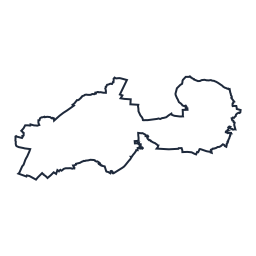 outline of Salatig, Salaj, Romania
{"feature_id": "2599482B1311445959804", "entity_name": "Salatig", "entity_type": "district", "adm_level": 2, "iso_a3": "ROU", "parent_name": "Romania", "parent_adm1": "Salaj", "projection": "natural_earth1", "projection_center": [23.157, 47.358], "detail": "fine", "context": "isolated", "style": "outline", "palette": "slate", "viewbox_px": 256, "rotation_deg": 0, "n_neighbors": 0, "source": "geoboundaries", "source_scale": "gbopen_adm2", "svg_char_len": 5841}
<svg xmlns="http://www.w3.org/2000/svg" viewBox="0 0 256 256"><path d="M29.4,176.0L36.0,179.6L37.7,177.5L42.1,173.1L43.2,174.3L43.5,174.3L43.6,174.6L44.0,175.0L45.4,175.9L46.9,177.3L47.5,178.0L50.8,175.2L53.7,172.3L56.1,173.9L57.4,170.1L58.9,171.3L59.3,170.6L60.4,169.9L60.7,170.3L61.5,170.7L62.6,169.9L63.7,168.9L65.5,168.3L70.3,168.2L71.5,168.4L72.1,168.7L73.9,168.3L74.3,168.4L74.4,167.8L74.0,167.5L73.1,165.5L74.5,165.4L75.3,164.8L76.0,164.6L76.0,163.8L80.0,162.8L81.8,161.7L82.7,161.5L82.9,161.3L83.6,160.9L84.9,161.0L85.7,160.6L88.1,160.4L90.4,159.8L93.8,160.0L94.8,160.3L94.9,160.7L96.5,161.6L97.4,161.4L98.8,162.3L99.9,163.2L100.0,163.4L99.6,163.6L98.7,163.8L98.8,164.0L100.6,165.1L101.1,165.1L101.0,165.4L101.9,165.8L104.7,166.4L106.2,171.2L106.5,171.6L108.2,172.0L110.2,173.2L110.7,171.1L111.2,171.0L111.4,171.4L112.0,171.2L112.9,172.3L112.4,172.4L112.5,173.2L113.5,173.3L122.2,167.9L123.9,166.7L125.2,165.3L129.4,160.1L130.0,159.6L131.4,157.3L131.0,156.8L131.7,156.8L133.3,154.5L134.3,153.4L136.0,151.0L136.2,150.2L137.6,150.2L137.5,149.7L137.8,148.5L137.7,148.0L138.5,147.8L140.1,148.6L141.4,148.4L142.3,148.7L142.8,148.2L142.7,147.8L142.1,147.3L141.8,147.3L141.4,147.6L141.4,148.0L139.9,147.1L140.2,146.8L140.7,146.8L140.7,146.2L139.7,146.4L139.6,146.2L139.7,145.8L140.7,145.7L140.7,144.4L140.0,144.5L139.9,145.4L139.7,145.6L139.9,144.2L139.3,144.2L138.8,144.5L138.9,144.8L138.1,143.6L138.8,143.3L139.0,142.5L137.4,142.8L137.0,143.3L134.9,143.4L134.7,141.1L137.8,140.9L138.2,140.4L138.6,140.3L138.5,139.1L138.6,138.1L138.3,135.6L138.2,132.9L141.5,133.3L142.1,133.1L142.8,133.3L145.6,134.8L145.6,135.6L145.8,135.7L145.7,136.1L146.6,136.1L147.6,135.6L147.9,136.0L147.6,136.1L148.0,136.9L147.2,137.8L147.8,138.9L148.8,139.9L149.0,140.1L149.5,139.9L150.7,140.6L150.6,141.0L150.8,141.2L152.4,141.9L153.3,142.5L154.8,143.0L157.4,144.9L157.9,145.6L158.3,145.6L157.8,147.2L156.7,148.6L168.8,149.3L178.3,148.8L178.6,148.2L181.6,148.1L182.3,150.3L182.4,152.1L187.3,151.9L191.6,152.3L194.5,153.8L196.1,154.4L197.1,152.0L198.2,152.2L199.6,149.1L200.4,149.1L206.5,151.2L208.5,151.6L210.5,151.5L210.5,152.4L211.7,152.8L211.0,149.7L212.3,149.3L212.6,149.1L212.6,148.7L212.8,148.6L214.6,148.5L215.2,148.1L215.8,148.1L217.7,147.0L219.3,146.9L220.7,146.2L222.9,144.3L224.1,144.9L224.9,146.1L226.3,146.8L226.8,144.7L226.8,144.4L226.6,144.3L226.8,143.5L227.0,143.2L227.5,143.0L228.0,141.8L227.6,141.4L228.3,140.5L228.5,139.5L229.2,138.5L229.5,137.2L230.0,136.2L230.0,135.7L230.3,135.4L230.2,134.8L230.4,134.0L230.8,133.7L231.2,133.6L231.0,133.4L231.0,132.9L229.3,132.8L227.9,133.1L227.7,132.7L227.0,132.7L226.8,132.2L225.8,132.2L225.8,131.8L226.0,131.4L227.1,131.3L227.3,130.8L227.6,130.7L227.2,130.6L227.4,130.2L228.3,129.3L228.6,128.5L228.6,127.7L228.3,127.4L229.1,126.6L229.6,126.5L230.3,126.8L229.8,127.3L230.0,127.9L230.6,128.1L230.4,128.1L230.7,128.6L232.2,129.0L232.5,129.5L233.2,129.6L234.9,129.3L235.4,129.4L234.2,124.9L234.4,123.4L234.7,122.8L234.4,122.3L233.6,122.1L233.3,120.6L232.3,120.4L231.9,119.4L231.7,118.4L232.1,118.4L232.7,117.6L233.9,117.9L234.2,117.4L235.8,116.0L235.8,115.2L236.1,114.5L237.3,113.4L238.8,112.7L239.5,113.0L240.3,112.4L240.6,110.0L236.8,109.0L236.6,107.4L236.3,106.0L234.3,105.9L232.7,106.1L232.5,105.6L232.6,105.0L232.5,104.1L232.6,103.5L233.2,103.1L233.2,102.4L233.3,102.1L234.2,101.7L231.3,97.9L231.8,97.4L231.7,96.4L231.5,96.0L231.0,95.4L230.8,94.5L230.8,93.9L230.3,92.7L229.6,89.0L229.0,89.1L228.9,89.3L228.3,89.0L228.4,88.9L228.1,88.6L227.8,88.8L227.1,88.6L225.7,87.9L224.8,87.7L223.2,86.7L222.4,85.8L218.1,82.9L216.2,81.8L215.1,81.4L214.2,80.9L212.0,80.6L210.9,80.1L208.7,80.4L206.6,80.3L204.5,79.8L201.7,80.1L199.9,81.0L198.0,81.1L194.0,79.5L194.0,79.1L192.3,78.4L191.4,77.5L190.7,77.4L190.0,76.4L189.6,76.4L189.0,76.9L185.7,76.9L182.9,79.9L182.5,80.9L182.4,82.4L182.2,83.0L182.1,83.8L180.3,84.9L176.9,88.3L175.5,93.6L175.6,94.8L175.9,95.6L177.0,98.2L177.7,99.3L178.9,102.1L181.1,103.7L182.0,104.7L182.4,105.4L184.2,106.1L185.7,105.6L186.5,106.7L186.5,107.4L186.1,107.5L186.1,108.0L185.7,108.0L185.7,108.3L187.4,108.3L187.5,109.8L182.7,109.9L182.9,114.2L182.8,115.5L183.0,116.4L180.1,116.5L174.4,115.8L172.0,114.9L171.7,114.6L171.4,113.6L168.7,115.3L166.3,117.2L163.7,117.9L162.1,118.1L160.2,119.0L158.5,118.5L157.1,118.9L148.0,120.1L143.1,120.2L142.9,120.1L142.8,119.2L142.1,117.5L140.4,115.4L138.5,111.3L138.4,108.7L138.0,106.1L138.3,104.8L130.4,104.3L130.7,99.3L124.4,98.9L120.6,98.3L122.4,95.4L119.9,94.5L126.9,80.0L120.6,78.3L119.3,78.1L116.0,78.4L114.6,77.6L113.6,78.8L113.7,79.4L113.5,82.1L112.9,82.1L112.8,82.6L112.0,84.0L110.3,83.7L108.5,84.5L107.1,84.8L106.7,85.4L106.3,86.6L105.8,86.8L105.9,87.3L105.5,87.9L105.3,88.6L105.5,88.8L105.9,91.0L105.9,92.8L103.2,92.7L100.8,92.2L98.7,92.3L98.2,92.0L97.6,92.0L96.7,92.4L95.5,92.6L95.7,93.2L96.0,93.4L95.9,93.7L95.7,93.8L94.9,93.5L94.2,94.2L92.5,94.0L92.0,94.1L91.5,94.5L90.1,94.9L87.2,94.8L86.2,94.6L84.8,94.9L84.3,95.4L82.2,96.2L81.6,96.9L81.6,97.2L80.8,97.8L80.7,98.2L79.5,99.1L79.1,99.6L77.9,100.2L77.0,100.1L74.5,103.3L72.6,104.8L73.9,105.6L67.0,110.5L63.4,112.8L59.6,115.7L54.1,120.6L53.9,118.3L52.8,117.9L52.5,118.4L51.7,118.3L51.5,118.0L51.3,118.0L50.1,117.1L47.2,116.8L44.8,117.2L44.5,116.7L42.5,117.3L41.5,117.3L40.0,118.3L39.5,120.2L38.4,120.3L38.4,122.9L39.3,125.0L37.1,125.7L36.3,125.5L34.0,125.4L30.5,124.4L30.4,125.5L30.1,125.6L27.8,125.3L25.2,125.3L23.5,128.4L21.3,130.8L22.2,131.5L22.7,132.4L23.3,132.5L23.7,132.9L23.6,135.5L23.2,135.9L22.4,136.0L22.6,136.9L22.1,137.4L22.2,137.7L22.0,138.0L17.1,136.7L16.3,136.3L16.1,136.1L15.5,136.5L15.5,139.3L15.4,140.4L15.5,141.0L15.8,141.6L15.7,143.7L16.0,145.2L16.5,146.1L18.7,147.1L23.2,148.0L24.7,148.4L30.2,149.1L29.4,151.4L27.1,156.6L26.3,157.9L25.3,159.9L23.6,164.7L22.2,166.3L19.3,172.8L18.4,173.6L26.4,176.5L26.9,175.4L29.4,176.0Z" fill="none" stroke="#1e293b" stroke-width="2"/></svg>